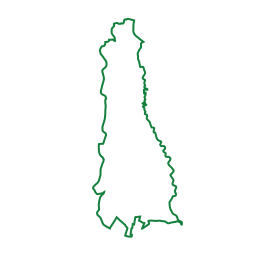 Kota Magelang, Jawa Tengah, Indonesia, rotated 353°
{"feature_id": "22746128B66141272433758", "entity_name": "Kota Magelang", "entity_type": "district", "adm_level": 2, "iso_a3": "IDN", "parent_name": "Indonesia", "parent_adm1": "Jawa Tengah", "projection": "equal_earth", "projection_center": [110.222, -7.473], "detail": "fine", "context": "isolated", "style": "outline", "palette": "green", "viewbox_px": 256, "rotation_deg": 353, "n_neighbors": 0, "source": "geoboundaries", "source_scale": "gbopen_adm2", "svg_char_len": 5819}
<svg xmlns="http://www.w3.org/2000/svg" viewBox="0 0 256 256"><g transform="rotate(353 128 128)"><path d="M141.4,19.7L140.5,19.7L139.5,20.2L139.0,20.2L138.5,19.8L138.1,19.9L137.6,20.2L137.3,20.6L136.7,22.6L136.4,23.1L135.8,23.7L135.1,23.6L134.2,23.3L133.9,23.3L133.8,23.5L133.5,23.5L133.2,23.7L132.6,23.5L131.5,23.5L130.6,22.7L129.6,22.4L128.3,22.5L126.8,22.8L126.5,24.1L126.7,24.8L126.7,25.1L124.2,27.2L124.0,27.5L123.6,29.7L123.4,31.4L123.5,32.2L124.0,33.4L124.5,34.4L125.5,35.9L125.9,37.1L125.5,38.0L125.9,39.8L125.6,40.1L124.2,38.9L123.7,38.4L123.2,38.2L122.2,38.4L121.8,38.3L120.9,38.3L120.0,38.0L119.8,38.8L119.4,39.5L118.4,39.9L115.9,39.9L115.8,41.1L115.6,41.6L115.4,42.4L115.2,42.5L114.5,43.5L114.2,43.7L113.1,43.8L112.3,43.7L112.0,43.9L111.2,44.5L111.0,44.9L110.0,46.5L109.6,47.6L109.6,48.1L109.7,49.4L109.9,51.1L111.4,53.5L113.6,57.6L114.6,59.7L114.5,62.2L114.3,63.1L113.7,64.2L113.1,64.9L110.5,66.7L109.5,67.8L109.4,69.0L109.9,72.3L110.2,75.6L109.9,77.1L109.5,78.2L107.5,82.9L105.5,88.3L105.4,89.8L106.1,91.0L106.3,91.3L109.0,93.2L109.6,94.0L109.7,95.1L109.9,96.0L109.8,96.3L109.2,96.7L108.8,98.0L108.5,100.5L108.6,103.0L107.5,108.8L107.2,111.0L106.6,114.0L106.1,115.8L105.6,117.4L105.2,118.3L103.6,121.8L102.7,124.2L102.5,126.3L102.5,127.6L102.8,128.2L104.4,129.9L105.2,130.7L105.3,131.3L105.3,132.5L105.0,133.1L104.3,134.6L103.8,135.5L102.1,139.2L101.6,140.3L101.3,140.6L100.3,140.5L99.5,140.5L97.4,140.3L97.0,141.0L96.4,145.7L96.4,147.7L96.5,149.9L97.2,151.6L98.2,153.0L99.3,154.2L99.6,155.0L99.7,155.6L100.1,156.0L100.1,156.5L99.3,158.6L98.7,159.5L97.7,161.4L97.4,162.0L96.1,164.9L95.8,165.6L94.9,171.4L93.8,174.1L92.6,176.8L92.2,177.5L91.0,178.8L89.1,180.1L86.6,182.0L86.1,183.1L86.0,183.7L86.3,184.3L87.0,185.3L87.9,187.9L88.7,189.1L89.1,189.7L89.9,190.0L92.0,189.8L94.6,189.7L96.5,188.7L96.3,189.4L95.9,189.9L93.7,191.5L92.2,193.1L91.8,193.7L91.1,195.6L90.4,197.5L89.9,199.3L89.9,199.5L89.6,200.8L89.5,203.1L89.5,204.7L89.4,205.3L89.1,205.8L87.6,207.3L87.1,208.0L87.0,208.7L86.9,209.7L87.0,210.2L87.9,211.5L89.0,212.7L89.7,213.8L90.4,216.0L91.3,219.5L91.9,220.8L92.2,221.3L96.5,224.6L97.8,225.5L97.9,225.2L98.6,224.2L100.1,222.4L102.2,220.0L105.9,215.2L109.1,219.2L110.4,220.4L112.1,222.6L112.4,222.8L113.2,223.6L113.6,224.7L115.3,227.3L112.1,234.4L113.9,235.4L115.7,235.9L118.0,236.3L118.5,236.0L118.8,234.4L117.6,234.0L118.1,232.0L119.2,228.2L119.6,228.2L119.9,228.0L120.4,226.3L121.0,223.9L122.3,224.5L124.4,217.4L129.3,217.4L128.9,218.6L127.6,221.2L127.9,221.6L129.2,222.3L130.5,223.5L132.7,224.4L132.1,225.5L131.2,226.7L129.8,229.5L130.1,229.5L135.3,226.9L137.0,225.9L137.2,225.7L137.2,224.2L136.9,222.8L138.2,222.6L139.6,222.7L141.2,223.0L145.7,223.8L147.0,223.7L147.9,223.8L149.8,224.4L152.8,225.1L153.5,225.3L155.4,227.0L156.0,227.4L156.6,227.5L157.6,227.4L159.4,227.1L163.3,227.0L163.3,226.9L164.6,226.8L165.7,226.5L166.4,227.0L168.0,227.8L168.3,228.0L168.6,228.6L168.9,229.4L168.9,229.7L169.5,230.3L169.9,229.4L170.0,228.5L169.9,228.1L169.6,227.6L167.7,226.5L167.3,226.3L166.9,226.0L166.7,225.5L166.3,224.9L165.8,222.0L165.3,221.1L164.9,220.6L164.0,219.9L162.9,219.2L162.2,218.5L161.7,217.7L161.0,215.8L160.3,213.8L160.1,212.9L159.9,211.4L160.0,209.7L160.0,208.7L160.1,207.2L160.3,206.4L162.0,204.6L163.2,202.8L163.9,201.7L164.4,201.2L165.9,201.2L166.5,201.1L167.2,200.7L167.5,199.9L167.6,199.3L167.2,198.1L166.8,196.6L166.9,196.2L167.0,195.9L167.5,195.0L167.6,194.8L168.6,192.9L168.7,192.2L168.4,191.7L166.2,190.3L166.0,190.1L165.7,190.0L165.4,189.2L165.5,188.2L165.8,187.6L166.7,185.8L166.7,185.2L166.5,184.3L165.1,181.8L164.9,181.2L164.4,180.3L164.4,179.8L164.6,179.4L165.9,178.6L167.7,176.8L168.0,176.3L168.1,175.5L167.0,173.6L165.9,171.9L164.5,170.3L163.7,168.6L163.6,167.8L163.9,167.1L164.6,166.3L165.1,165.9L166.0,164.8L166.3,164.2L166.3,163.5L166.1,162.8L165.6,162.1L164.9,161.6L162.6,161.3L162.1,160.8L161.9,160.7L161.7,160.1L162.3,157.8L162.2,157.5L160.4,155.9L160.2,155.1L160.5,154.4L162.0,153.4L162.4,152.5L162.4,151.4L161.9,150.6L161.1,150.3L159.8,150.2L158.7,149.9L158.0,148.9L157.9,148.5L159.3,145.9L159.2,145.6L158.1,144.8L156.4,143.8L155.6,142.6L155.1,140.9L154.8,138.2L154.5,136.2L154.2,135.8L153.5,135.6L153.2,135.6L153.0,135.2L153.0,134.6L153.2,133.8L153.6,133.0L153.9,131.8L153.9,131.2L153.6,130.9L153.2,130.6L152.4,130.5L151.8,130.5L151.5,130.2L151.3,129.8L151.0,128.7L150.3,124.6L148.3,122.0L147.8,120.8L147.7,120.6L147.8,120.2L148.2,119.2L148.5,118.3L148.5,117.7L148.3,117.3L147.9,116.9L146.9,116.4L146.5,116.0L146.5,115.6L146.6,115.2L147.3,114.0L146.7,112.8L146.6,112.1L146.5,111.8L146.6,110.1L145.8,109.2L145.4,108.6L145.5,108.3L145.8,108.2L146.5,108.1L148.2,107.6L148.8,107.3L148.9,107.0L148.8,106.9L148.5,106.7L147.6,106.6L146.8,106.3L145.7,105.7L145.5,105.4L145.7,105.2L146.1,105.0L148.0,104.8L148.0,104.5L147.7,103.9L147.6,103.3L147.6,102.9L147.8,102.6L148.0,102.6L148.7,101.9L148.3,100.5L148.1,99.5L148.3,99.4L149.6,96.8L149.8,95.5L149.7,95.0L149.3,95.1L148.7,95.9L148.5,96.0L148.4,95.9L148.2,95.6L148.2,95.0L148.5,92.0L148.7,91.9L149.2,91.8L149.9,91.9L150.4,92.1L151.8,92.4L151.9,92.1L151.9,91.8L151.6,91.5L149.7,90.4L149.2,89.8L149.2,89.4L149.3,88.8L150.2,88.1L150.2,87.7L149.6,85.8L149.7,85.2L150.1,84.1L150.7,83.1L150.7,82.6L150.6,82.1L150.3,81.9L149.7,81.7L149.0,81.0L148.7,80.4L148.7,79.9L149.0,79.3L149.2,78.8L149.6,78.4L150.0,78.1L150.4,77.7L151.6,75.7L151.7,75.1L151.7,74.4L150.9,71.7L150.8,69.8L150.7,69.6L150.3,69.3L149.5,68.9L147.9,69.1L147.6,68.9L147.4,68.0L147.3,65.3L147.2,64.9L147.1,64.3L147.2,63.6L146.4,61.0L146.7,58.2L146.6,55.8L147.0,54.5L147.2,54.3L147.5,53.8L148.4,52.2L150.4,49.9L150.9,49.1L150.9,48.5L151.1,45.9L151.4,45.4L152.0,45.0L153.8,44.4L151.0,41.6L147.2,37.7L145.8,35.7L145.5,35.0L145.1,33.1L145.1,32.3L145.6,29.1L145.9,26.6L147.2,21.9L145.2,21.2L143.9,20.6L141.4,19.7Z" fill="none" stroke="#15803d" stroke-width="2"/></g></svg>